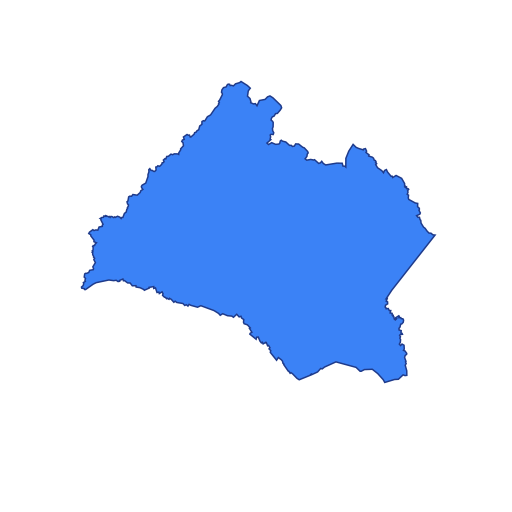 Banphot Phisai, Nakhon Sawan, Thailand, rotated 247°
{"feature_id": "78962969B36758461093431", "entity_name": "Banphot Phisai", "entity_type": "district", "adm_level": 2, "iso_a3": "THA", "parent_name": "Thailand", "parent_adm1": "Nakhon Sawan", "projection": "albers", "projection_center": [100.023, 16.015], "detail": "fine", "context": "isolated", "style": "filled", "palette": "blue", "viewbox_px": 512, "rotation_deg": 247, "n_neighbors": 0, "source": "geoboundaries", "source_scale": "gbopen_adm2", "svg_char_len": 6142}
<svg xmlns="http://www.w3.org/2000/svg" viewBox="0 0 512 512"><g transform="rotate(247 256 256)"><path d="M377.9,192.4L377.4,191.1L375.3,190.3L373.2,188.4L371.3,187.6L366.2,183.0L365.7,178.9L364.9,177.7L363.7,177.4L361.5,177.9L361.1,175.5L359.7,174.2L358.4,170.4L360.7,166.7L359.6,164.8L360.4,163.2L360.2,161.9L356.7,159.6L356.3,158.4L354.0,158.1L353.1,158.6L351.8,158.0L350.8,156.5L350.2,156.5L349.3,155.2L347.2,153.7L346.6,151.5L343.5,148.5L343.9,147.5L343.2,146.5L345.0,145.8L346.7,144.1L346.5,141.6L347.2,141.3L346.9,140.1L348.5,138.9L349.1,137.9L348.5,136.8L349.6,136.5L349.5,135.7L350.5,135.0L351.1,133.5L351.6,133.8L352.0,133.4L351.6,132.5L352.3,131.7L351.2,130.7L351.7,129.2L351.4,127.2L350.7,127.8L349.8,127.3L344.9,127.6L344.4,126.5L343.3,126.1L344.0,122.9L341.6,120.5L342.6,118.7L342.7,116.8L344.0,116.1L343.0,112.0L342.0,110.8L340.2,112.2L339.0,111.8L333.9,113.1L332.5,112.4L330.5,114.3L329.7,112.3L329.1,112.0L328.7,110.8L329.2,110.3L328.6,109.3L327.7,109.5L325.2,108.4L324.7,107.2L323.7,107.5L323.4,106.6L322.7,106.9L321.0,106.2L319.0,106.4L318.4,106.0L317.0,106.6L316.0,105.3L312.7,105.6L309.8,101.6L307.8,101.5L307.0,100.9L307.8,97.3L306.2,95.6L306.2,93.4L306.7,92.2L306.4,91.3L303.7,89.6L302.0,90.3L300.4,89.0L299.3,89.0L299.0,86.7L297.8,86.6L296.3,85.3L295.6,83.2L294.5,83.0L293.1,85.1L292.1,85.1L291.7,86.0L293.7,95.2L293.9,98.5L291.4,111.2L288.9,115.4L288.3,117.8L286.4,119.0L286.0,120.6L286.8,120.8L286.8,124.5L285.0,124.3L284.8,125.3L281.4,127.3L280.3,129.6L276.9,130.5L275.6,133.9L274.3,133.5L272.1,136.9L268.9,139.7L268.1,139.8L268.2,145.2L268.9,145.3L267.8,149.9L266.1,149.2L265.9,151.0L261.1,150.6L260.7,152.5L259.2,152.3L259.7,155.5L257.6,155.7L256.3,154.6L253.9,155.6L253.7,156.1L251.6,157.1L251.9,157.6L250.1,159.0L250.8,159.9L249.1,161.1L245.5,162.3L246.0,163.9L244.2,164.9L240.8,170.2L238.3,171.1L238.4,172.8L236.5,173.8L237.6,175.5L236.0,176.8L231.7,182.2L231.8,185.8L222.2,196.0L217.8,199.1L215.4,199.9L215.9,202.8L212.2,206.4L210.1,210.3L208.4,211.3L209.9,215.5L206.5,216.7L206.4,218.6L204.5,218.5L202.3,219.9L199.9,218.6L198.3,218.6L196.0,221.2L192.1,222.6L192.0,221.7L187.4,222.4L187.1,220.4L186.5,219.8L179.3,223.6L181.0,224.9L180.5,226.4L176.1,226.4L173.9,227.0L174.1,228.1L172.3,228.2L172.7,231.1L172.2,231.1L172.2,231.7L168.8,231.6L168.8,232.6L166.1,233.0L165.4,231.7L163.2,232.6L161.7,231.5L152.0,234.2L153.8,236.9L150.5,238.8L148.8,239.3L146.7,238.9L145.5,239.5L145.1,239.1L137.4,240.7L137.1,241.2L134.7,241.6L135.0,242.6L133.4,243.6L127.4,245.9L125.2,247.4L125.0,259.9L125.6,260.0L125.7,261.0L125.0,261.2L125.1,264.5L125.2,267.4L127.2,271.6L126.2,272.8L127.0,275.7L127.3,288.2L114.4,304.6L109.2,306.8L108.8,307.9L109.1,311.4L106.3,318.8L100.2,322.1L92.4,324.8L89.3,325.1L88.2,335.3L86.9,338.9L89.1,345.0L87.7,346.4L87.2,348.2L91.4,349.9L97.2,350.7L98.3,352.2L100.1,352.2L100.4,352.9L104.5,353.1L106.1,354.4L106.7,356.3L107.5,356.7L110.5,356.0L111.5,354.9L112.4,356.1L116.0,357.4L117.9,356.0L117.1,354.1L118.9,353.5L120.1,355.1L122.5,356.4L124.2,356.3L125.1,357.4L126.9,357.2L127.3,358.1L126.7,360.2L127.8,360.2L128.5,359.4L130.6,360.5L132.0,358.8L133.6,359.4L134.3,360.8L136.7,362.5L136.5,363.6L137.4,365.6L139.3,366.8L140.8,366.7L141.6,365.2L142.7,365.2L143.4,363.5L144.5,364.3L145.2,364.1L144.6,360.5L144.1,360.2L143.3,360.9L142.7,359.3L144.0,358.6L146.0,359.2L146.7,358.6L147.8,359.2L148.4,358.3L150.0,358.9L151.2,357.2L153.1,358.7L153.7,357.4L156.0,357.2L156.6,355.2L157.7,355.4L158.5,354.9L160.1,356.0L160.5,358.5L162.4,359.2L163.5,358.2L165.5,360.1L165.8,359.1L171.5,367.7L205.3,429.0L206.4,427.1L208.6,426.0L209.5,424.2L212.1,423.2L215.4,422.5L217.1,421.5L221.8,420.8L224.5,421.6L225.3,421.2L227.8,421.6L228.3,420.2L230.4,419.6L230.4,423.0L231.4,424.1L234.5,423.9L234.7,424.4L236.1,425.0L238.3,424.0L241.2,425.4L242.6,423.3L248.4,418.7L250.1,418.9L252.4,420.2L253.7,419.3L255.4,420.9L256.8,421.0L257.7,422.6L258.5,422.3L259.1,421.0L260.7,421.5L260.5,420.5L261.6,419.9L262.0,420.7L263.0,420.4L264.6,421.1L270.6,420.4L275.4,416.4L274.8,412.5L276.3,412.5L276.6,411.5L281.9,409.9L284.6,409.8L284.5,407.7L282.8,405.9L285.5,405.1L289.7,402.4L293.4,401.9L293.8,403.1L295.3,402.6L295.6,403.3L297.2,403.2L297.9,402.3L300.1,402.4L301.5,401.7L304.0,398.8L305.0,399.6L308.3,397.7L309.3,398.8L312.1,398.7L312.4,396.8L311.8,396.2L315.0,392.4L316.9,390.6L320.8,389.0L316.3,382.4L310.8,376.9L302.8,373.4L303.9,372.9L304.8,371.2L307.7,371.6L309.9,366.7L312.6,355.7L314.9,354.1L317.5,353.5L316.6,351.7L316.7,349.9L321.8,347.5L321.8,346.6L323.5,344.1L324.4,340.1L326.3,339.2L327.8,341.8L329.8,343.0L330.5,344.3L332.0,344.4L336.7,342.7L337.8,341.5L342.4,339.0L343.7,336.3L342.2,334.2L342.6,332.3L344.1,331.7L344.7,330.1L349.3,328.0L351.5,325.1L352.7,324.5L352.4,323.3L350.6,322.0L350.1,320.8L351.1,317.7L354.2,314.7L353.7,311.1L355.7,310.2L357.3,315.1L358.0,314.6L359.9,316.0L361.8,316.3L362.2,317.3L361.1,319.3L362.5,320.5L364.7,320.3L367.0,321.0L368.2,322.2L372.2,324.0L373.5,323.9L375.2,323.0L376.6,323.9L377.7,325.4L377.7,327.3L379.4,329.6L378.9,331.4L380.9,335.4L382.4,337.5L384.8,337.7L395.0,333.4L397.9,331.4L398.0,328.8L396.6,325.6L397.8,319.9L393.9,315.6L396.5,315.0L396.9,313.2L399.2,311.0L400.0,311.6L403.3,312.0L406.4,310.6L411.0,313.4L412.7,316.3L416.3,314.7L422.5,310.4L422.0,308.6L422.5,304.4L421.4,301.7L422.7,300.1L423.0,298.8L424.4,298.8L425.1,297.5L424.8,296.4L423.3,294.5L423.7,291.9L422.3,289.6L420.2,288.2L418.8,288.5L417.7,288.1L413.7,283.4L413.0,281.9L411.6,282.2L410.8,281.0L410.2,281.0L408.8,278.8L408.0,276.1L403.6,269.3L403.2,265.7L400.5,261.9L400.5,261.1L401.1,260.5L400.9,258.8L398.3,257.6L397.7,255.0L394.6,252.6L394.4,250.7L393.4,249.2L393.5,247.7L392.3,246.6L391.0,242.6L391.3,241.9L393.3,242.0L393.6,240.9L394.8,240.0L393.9,235.7L391.4,235.5L391.5,233.6L390.4,232.4L388.9,233.1L385.8,232.3L384.1,228.5L383.2,228.2L381.2,225.3L379.7,224.5L380.7,223.6L382.0,220.6L381.8,218.9L383.0,217.5L382.0,214.3L382.5,212.7L380.6,210.9L381.2,210.2L380.5,208.2L378.7,208.2L378.2,207.1L378.5,206.1L377.2,205.0L376.2,202.3L377.4,200.9L376.8,199.7L377.0,198.5L374.3,197.7L373.4,195.8L374.0,194.7L375.2,194.1L375.8,192.8L377.9,192.4Z" fill="#3b82f6" stroke="#1e3a8a" stroke-width="1.5"/></g></svg>